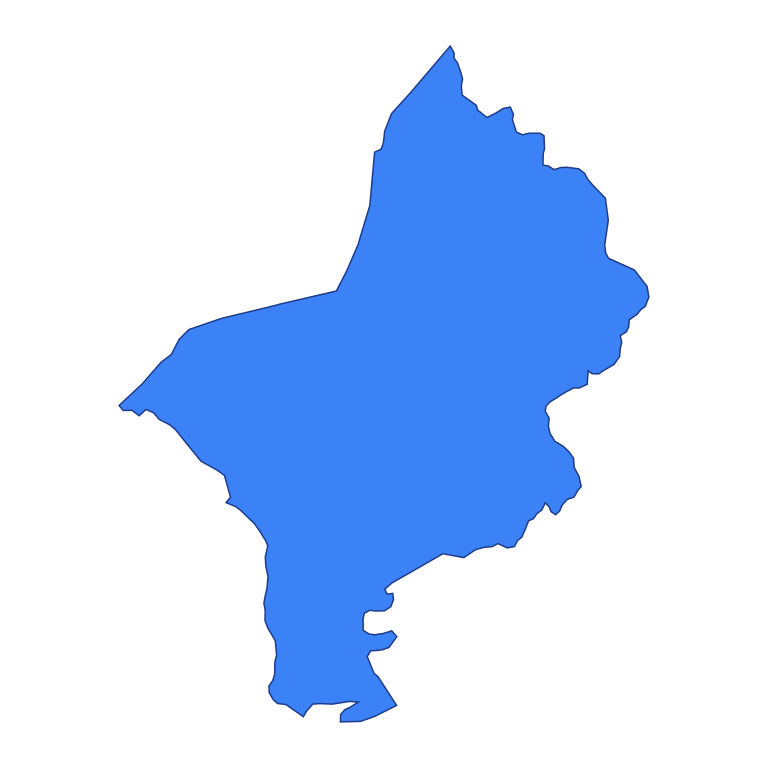 Penedo, Alagoas, Brazil
{"feature_id": "56859067B93481247036469", "entity_name": "Penedo", "entity_type": "district", "adm_level": 2, "iso_a3": "BRA", "parent_name": "Brazil", "parent_adm1": "Alagoas", "projection": "albers", "projection_center": [-36.472, -10.232], "detail": "fine", "context": "isolated", "style": "filled", "palette": "blue", "viewbox_px": 768, "rotation_deg": 0, "n_neighbors": 0, "source": "geoboundaries", "source_scale": "gbopen_adm2", "svg_char_len": 2558}
<svg xmlns="http://www.w3.org/2000/svg" viewBox="0 0 768 768"><path d="M457.5,62.9L454.1,58.2L454.1,53.0L450.2,46.1L411.0,92.1L391.6,113.5L384.6,131.3L383.9,139.0L383.0,144.4L380.9,149.3L374.6,152.2L369.8,205.6L359.7,239.0L358.4,243.8L347.0,270.3L336.4,291.0L279.9,304.1L271.1,306.5L223.4,317.9L217.0,319.9L189.0,329.5L179.1,339.4L171.4,354.4L161.0,362.3L142.4,383.7L119.1,405.5L123.2,410.5L132.0,410.3L139.1,415.8L146.0,409.5L153.5,412.7L159.3,419.5L169.7,424.8L175.5,429.7L192.1,450.3L201.2,461.4L212.6,467.6L217.7,470.5L224.5,475.5L230.5,497.2L226.1,502.6L235.7,506.6L240.6,510.3L250.0,519.4L254.4,523.6L259.7,531.1L265.8,540.9L267.8,546.1L265.3,556.9L265.8,565.8L268.0,576.7L267.0,588.2L265.5,594.5L263.9,603.2L265.2,610.3L265.0,620.6L268.2,628.8L270.7,632.9L275.3,640.9L276.6,655.0L274.8,662.4L274.8,673.7L272.8,680.4L268.9,686.1L269.2,692.7L273.0,699.3L277.5,703.5L285.9,704.5L303.3,716.7L306.4,711.4L312.7,704.1L319.6,703.6L332.3,704.1L349.7,701.4L358.3,702.1L349.7,707.5L345.1,709.5L340.6,714.5L340.4,721.9L360.6,721.4L375.1,716.2L396.6,705.4L378.2,676.9L374.0,673.2L367.2,656.6L370.7,650.8L376.4,650.5L382.3,649.8L389.0,647.4L396.8,636.7L391.7,630.8L383.1,633.5L374.6,634.8L369.1,634.0L363.2,630.3L363.1,618.5L364.4,613.2L369.9,610.3L375.5,611.0L384.6,610.8L390.9,606.6L393.5,599.5L392.7,593.4L387.2,594.2L384.7,589.3L391.7,583.1L442.9,553.7L463.9,557.6L475.3,549.8L483.6,547.4L492.1,546.6L498.0,543.6L507.2,547.9L514.4,546.6L517.5,540.6L521.8,537.1L525.3,529.2L528.6,520.8L533.4,518.7L536.9,513.7L541.8,510.0L545.2,502.9L548.8,506.3L551.2,511.8L555.6,514.7L559.5,511.3L562.1,505.1L567.3,499.4L574.0,497.1L577.9,490.3L581.2,486.6L579.0,476.6L574.2,467.4L573.5,458.1L568.8,451.6L563.2,446.3L554.8,441.3L550.1,433.5L548.4,426.5L549.1,418.1L545.2,411.3L546.1,406.1L549.7,402.1L555.4,398.6L561.7,394.4L566.8,391.5L573.6,387.9L579.5,387.9L587.2,384.2L587.7,376.3L588.2,370.8L592.1,373.7L598.7,373.9L603.6,370.5L614.0,364.4L619.6,356.5L620.2,349.2L621.7,342.3L620.2,335.7L626.4,331.8L628.7,326.8L629.2,319.9L637.5,313.9L640.9,309.5L645.1,306.5L648.9,297.1L647.1,286.5L634.4,270.0L608.5,258.3L605.7,253.0L604.7,244.9L608.3,220.4L605.4,198.3L593.2,185.6L587.9,179.6L584.7,173.5L578.8,168.8L566.8,167.3L561.1,167.5L554.1,169.6L548.2,165.9L543.0,165.1L543.2,153.8L544.5,148.6L544.0,135.7L539.9,133.2L529.2,133.2L522.5,134.8L516.3,132.0L512.4,119.5L513.4,114.3L510.3,107.1L503.1,108.5L495.9,113.0L487.0,117.5L482.6,114.0L477.7,110.1L476.4,105.4L462.1,95.1L461.3,85.4L462.6,79.2L461.1,73.3L457.5,62.9Z" fill="#3b82f6" stroke="#1e3a8a" stroke-width="1.5"/></svg>